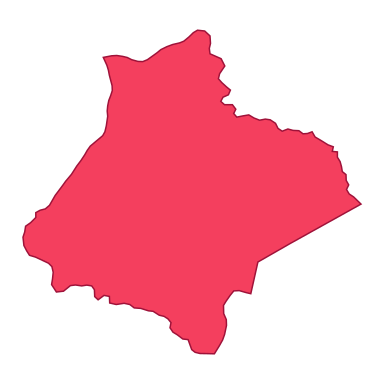 Santa Bárbara do Pará, Pará, Brazil (orthographic projection)
{"feature_id": "56859067B47809936972021", "entity_name": "Santa Bárbara do Pará", "entity_type": "district", "adm_level": 2, "iso_a3": "BRA", "parent_name": "Brazil", "parent_adm1": "Pará", "projection": "orthographic", "projection_center": [-48.256, -1.192], "detail": "fine", "context": "isolated", "style": "filled", "palette": "rose", "viewbox_px": 384, "rotation_deg": 0, "n_neighbors": 0, "source": "geoboundaries", "source_scale": "gbopen_adm2", "svg_char_len": 1998}
<svg xmlns="http://www.w3.org/2000/svg" viewBox="0 0 384 384"><path d="M51.6,284.6L56.4,292.0L63.5,291.2L70.4,285.6L75.5,285.0L81.7,285.9L86.8,285.1L91.7,285.9L94.4,289.7L94.7,296.6L98.1,299.8L104.0,295.4L109.4,296.4L109.7,303.0L116.2,304.5L124.1,303.3L129.8,304.5L134.2,307.9L140.8,308.4L148.4,310.8L153.1,311.3L159.2,315.2L163.9,316.3L167.8,318.7L171.0,322.6L170.0,327.8L173.0,332.2L177.3,334.8L182.8,339.0L188.1,339.6L191.7,349.6L195.1,352.3L200.0,353.5L206.6,353.6L214.4,353.8L219.4,345.7L222.6,340.0L224.6,334.4L226.5,325.4L226.3,319.6L223.7,313.6L223.5,305.4L226.0,301.3L230.2,295.3L233.8,290.9L239.2,290.6L246.1,292.6L250.8,293.7L257.9,262.0L290.0,243.6L361.0,204.1L353.6,196.9L349.2,194.0L346.5,189.5L348.7,184.9L346.2,180.4L346.0,174.6L342.3,171.6L341.5,166.7L340.1,161.6L337.4,157.2L337.4,151.9L332.3,151.4L333.3,146.8L327.9,144.8L322.5,141.4L315.1,137.0L312.1,131.8L307.5,133.5L303.0,133.8L298.9,130.7L293.0,130.4L287.9,129.0L282.2,131.2L278.0,128.4L275.5,123.3L270.2,119.8L265.3,119.1L259.6,120.2L254.0,118.0L248.8,114.9L242.9,115.9L236.8,117.1L233.7,113.5L235.8,109.2L232.4,104.7L224.5,104.7L220.8,101.4L223.0,97.2L228.4,94.8L230.4,90.1L226.5,86.9L221.8,82.6L218.4,78.8L219.6,73.7L224.8,66.0L221.1,58.7L210.0,53.8L209.3,48.4L210.5,43.4L210.0,35.9L204.7,31.0L197.5,30.2L193.3,32.7L188.9,37.0L183.8,41.2L179.6,42.9L172.7,44.5L166.8,46.7L160.9,49.6L156.6,53.1L147.4,59.7L142.8,61.6L137.9,61.4L131.7,59.7L127.3,57.5L122.7,56.4L116.8,55.5L111.6,55.8L103.3,57.4L106.9,65.3L108.4,70.2L109.4,75.4L112.1,85.7L112.3,90.6L110.6,95.8L108.8,100.4L107.7,105.8L107.2,111.0L107.7,116.3L106.3,125.9L104.9,131.8L102.7,135.7L94.7,142.4L90.3,146.1L87.3,150.3L84.8,154.7L80.9,160.6L76.8,166.0L71.5,174.3L65.7,181.2L62.7,185.4L55.2,195.4L52.5,200.1L49.5,205.3L45.3,208.9L40.2,210.2L35.8,212.6L35.8,217.5L30.6,222.7L25.6,226.2L24.7,232.0L23.0,237.2L23.9,245.5L26.7,250.9L29.5,255.3L35.5,257.1L48.5,263.2L51.9,266.6L53.2,272.3L52.5,279.0L51.6,284.6Z" fill="#f43f5e" stroke="#9f1239" stroke-width="1.5"/></svg>